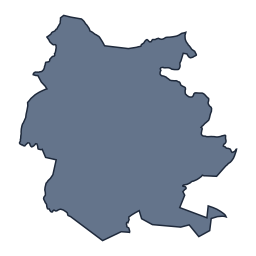 San Mateo Piñas, Oaxaca, Mexico
{"feature_id": "50627088B69367718674541", "entity_name": "San Mateo Piñas", "entity_type": "district", "adm_level": 2, "iso_a3": "MEX", "parent_name": "Mexico", "parent_adm1": "Oaxaca", "projection": "robinson", "projection_center": [-96.334, 15.975], "detail": "fine", "context": "isolated", "style": "filled", "palette": "slate", "viewbox_px": 256, "rotation_deg": 0, "n_neighbors": 0, "source": "geoboundaries", "source_scale": "gbopen_adm2", "svg_char_len": 5693}
<svg xmlns="http://www.w3.org/2000/svg" viewBox="0 0 256 256"><path d="M185.8,32.3L184.0,32.9L182.8,33.1L181.6,33.4L180.4,34.2L179.1,35.0L177.1,35.9L176.0,36.2L172.7,36.8L169.5,37.2L168.4,37.2L166.7,37.3L165.4,37.6L164.4,38.4L163.4,38.8L162.5,39.2L161.5,39.3L160.4,39.1L159.2,38.7L158.4,38.3L156.4,38.9L155.3,39.5L153.8,39.6L153.2,39.5L152.5,39.6L152.0,40.2L151.5,41.1L150.9,41.8L149.4,41.8L147.8,40.1L147.0,39.6L146.2,39.9L145.5,40.6L144.8,41.3L144.2,42.4L143.6,43.2L142.7,43.7L142.1,44.3L141.5,44.4L140.8,46.3L138.2,46.8L136.5,47.3L128.4,48.6L104.7,45.8L104.0,44.8L103.5,43.7L103.1,43.0L102.3,41.6L99.8,37.6L98.9,36.5L96.2,34.8L94.9,34.2L94.0,33.5L92.5,32.3L90.4,31.1L89.8,30.8L89.6,29.7L88.9,28.1L86.7,24.9L85.7,24.0L84.1,21.5L83.3,20.6L81.5,19.0L70.7,17.1L63.7,15.4L60.5,17.9L60.5,19.7L60.2,21.7L60.2,23.0L60.0,23.6L59.3,24.5L58.5,26.0L58.2,26.6L57.7,27.2L56.9,29.0L56.2,29.2L54.7,31.1L52.8,31.9L51.8,32.5L50.8,34.2L47.9,36.4L47.1,36.7L46.9,37.1L47.4,37.8L48.9,39.9L49.3,40.8L49.9,41.9L50.9,42.9L52.6,44.4L53.6,44.8L54.5,44.7L55.0,44.6L55.5,44.8L56.0,45.3L56.0,46.1L56.2,47.6L55.8,49.7L55.7,50.6L55.4,52.1L55.1,53.0L54.5,53.6L54.7,54.6L54.7,55.4L54.3,56.0L52.4,56.5L51.2,57.7L50.3,58.8L49.9,59.1L49.7,59.9L49.7,60.7L49.3,61.3L48.8,61.7L48.2,61.9L45.8,62.3L45.4,63.2L45.3,64.3L44.9,65.6L44.5,66.6L44.4,67.7L44.0,68.7L43.5,69.8L42.4,70.9L41.8,71.4L41.3,71.6L39.5,71.9L38.8,72.2L35.4,72.1L34.2,72.6L33.2,74.1L33.2,74.7L35.8,75.5L37.9,75.6L41.3,82.0L45.3,86.3L46.9,88.9L45.3,89.4L43.7,90.1L40.5,91.6L39.1,92.3L37.9,93.0L35.2,94.7L30.9,98.5L29.3,100.6L27.6,102.5L27.8,105.8L27.0,110.2L26.1,114.3L25.7,117.6L23.4,122.7L22.5,124.1L21.9,126.0L21.3,129.0L21.1,132.1L21.2,133.7L20.8,136.0L20.7,138.3L20.5,139.1L20.4,139.3L20.4,140.6L20.4,141.3L19.9,141.9L19.6,142.5L19.5,143.0L20.0,143.9L20.9,144.4L21.7,144.9L22.5,144.9L23.2,145.6L24.0,145.8L24.8,145.9L25.7,144.8L27.8,142.8L29.1,143.0L29.6,143.4L30.4,145.6L31.0,146.4L31.7,146.9L32.3,146.7L33.7,145.9L35.1,144.5L35.6,143.7L36.4,143.8L36.9,143.9L37.3,145.0L37.7,146.3L37.8,147.7L38.1,148.9L38.8,149.2L41.1,149.7L42.2,149.3L45.6,157.4L56.2,159.8L52.9,174.7L50.4,178.4L48.1,180.6L47.2,182.0L46.1,183.2L45.1,187.3L44.8,189.9L45.3,192.3L45.4,194.3L45.3,195.4L44.2,196.7L43.8,197.6L43.6,198.5L43.8,199.4L44.8,201.4L45.4,202.8L46.1,203.5L46.3,203.9L46.6,204.7L46.8,206.4L46.8,206.7L47.1,207.5L47.5,208.7L48.3,209.0L49.3,209.0L49.6,209.8L50.6,211.5L51.4,211.9L51.9,212.0L52.4,211.9L52.7,211.6L53.0,210.6L53.4,210.4L53.6,210.2L54.1,210.1L54.5,210.3L55.0,210.7L55.9,211.0L57.3,210.6L58.4,209.8L60.3,209.2L61.0,209.3L62.1,209.6L63.5,210.1L66.3,212.0L66.7,212.3L67.3,212.9L67.6,214.2L67.8,215.0L68.1,215.5L70.6,216.6L102.6,240.6L121.2,231.7L128.4,232.2L129.5,232.4L129.7,231.3L129.2,229.3L128.9,228.2L128.4,227.7L127.0,226.9L126.7,226.2L126.8,225.5L126.6,224.8L126.4,224.2L126.6,222.8L127.0,222.4L127.6,222.5L127.9,222.7L128.4,221.3L128.9,220.2L129.1,219.4L128.7,218.2L129.0,216.7L129.7,216.4L131.4,215.1L135.0,212.9L139.2,210.6L141.6,218.7L152.4,224.6L180.7,227.1L189.2,224.9L198.8,236.6L209.7,230.6L211.2,218.5L217.5,216.6L220.2,216.4L222.3,216.2L224.5,216.4L226.1,216.9L225.6,215.8L224.9,214.7L223.5,213.5L220.4,211.3L216.8,209.2L213.1,207.6L208.2,205.9L206.9,217.8L179.7,207.6L184.7,195.2L182.9,191.7L184.5,189.8L186.0,188.7L186.1,188.1L185.9,187.4L185.5,186.9L185.0,186.6L184.2,186.5L182.9,186.2L182.8,185.6L183.5,185.0L185.8,184.6L187.2,184.3L190.1,182.9L191.5,181.7L192.2,181.3L193.5,181.1L194.6,180.6L196.7,179.7L198.8,178.4L201.4,176.4L202.3,175.2L204.1,175.8L206.1,175.8L216.6,176.3L223.4,168.6L225.8,165.9L227.3,164.7L228.2,163.6L230.3,162.2L231.7,160.7L233.4,158.3L234.5,155.8L236.2,150.8L236.5,149.2L236.1,149.3L235.1,150.9L234.2,151.6L233.1,152.1L232.1,152.4L231.3,151.4L230.5,149.5L230.2,149.1L228.4,148.4L226.4,148.2L225.7,147.5L225.2,146.9L224.5,146.7L223.3,146.1L223.4,145.5L223.6,144.9L224.3,143.8L224.9,143.6L225.5,142.8L225.9,142.0L226.0,141.3L226.0,140.7L225.6,138.8L225.5,138.1L225.6,136.4L225.6,135.7L225.0,135.2L224.2,135.4L222.8,135.7L221.5,136.0L221.0,136.3L219.3,136.7L218.2,136.9L216.8,137.0L215.1,136.8L214.0,136.6L212.7,136.6L211.2,136.5L208.0,136.7L206.3,136.6L205.4,136.2L203.9,136.1L203.2,136.0L202.4,135.6L201.5,134.6L201.3,133.9L201.4,132.6L201.8,130.4L202.2,129.0L202.0,128.0L201.7,127.5L201.1,127.4L201.7,126.5L202.2,126.1L203.0,125.5L204.8,123.5L206.1,122.5L207.9,120.9L208.7,120.1L209.4,118.2L210.2,114.7L210.7,113.1L211.4,111.4L211.6,108.6L211.1,107.3L210.4,106.7L209.5,106.0L208.7,104.7L208.2,103.7L208.1,102.4L208.5,101.3L208.7,100.1L208.7,98.9L208.5,98.3L208.0,98.0L207.3,97.4L205.8,95.8L204.8,94.7L203.6,93.7L202.2,93.1L199.3,93.1L196.7,92.9L195.0,92.9L193.9,93.8L193.5,95.1L192.8,96.4L192.1,96.9L191.0,97.1L190.0,97.0L188.9,96.8L188.2,96.4L187.7,95.9L186.8,95.4L186.3,94.7L185.4,93.9L185.2,92.8L185.1,90.8L185.2,90.2L185.5,89.2L185.4,88.1L185.1,87.5L183.6,86.6L182.7,86.3L180.7,84.9L180.2,83.2L179.8,82.6L179.5,82.1L178.0,81.7L177.4,81.2L176.1,80.7L174.7,80.8L173.5,80.7L172.4,80.6L171.5,80.6L170.6,80.3L169.9,80.2L168.8,79.2L168.0,78.6L167.1,78.0L166.1,77.1L163.7,76.1L161.5,75.7L160.2,74.4L160.0,73.2L160.2,72.0L160.5,71.2L160.9,70.3L160.6,69.9L160.2,68.8L160.8,67.8L162.3,67.4L163.2,67.4L163.9,67.8L168.2,67.7L169.6,68.0L170.5,68.4L171.8,69.2L174.7,69.6L177.2,69.6L178.5,69.4L179.2,68.6L179.8,67.3L180.1,65.9L179.9,64.6L179.9,62.9L180.9,61.0L183.2,53.3L186.9,53.9L187.5,55.0L188.7,56.8L189.6,57.4L190.3,57.8L191.8,57.5L193.0,57.1L194.0,56.4L195.3,55.8L196.3,55.2L196.3,54.4L195.7,53.4L194.7,51.3L193.0,50.2L192.0,49.5L191.4,48.9L190.6,47.6L189.6,46.3L189.0,45.6L188.4,45.1L187.6,43.7L186.4,42.1L185.8,40.8L185.3,39.4L185.1,38.0L185.0,35.3L185.8,32.3Z" fill="#64748b" stroke="#1e293b" stroke-width="1.5"/></svg>